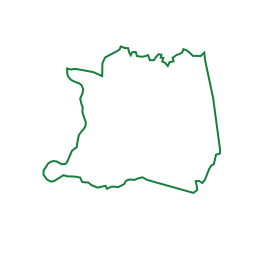 Ibarama, Rio Grande do Sul, Brazil, rotated 344°
{"feature_id": "56859067B60880352226675", "entity_name": "Ibarama", "entity_type": "district", "adm_level": 2, "iso_a3": "BRA", "parent_name": "Brazil", "parent_adm1": "Rio Grande do Sul", "projection": "mercator", "projection_center": [-53.186, -29.418], "detail": "fine", "context": "isolated", "style": "outline", "palette": "green", "viewbox_px": 256, "rotation_deg": 344, "n_neighbors": 0, "source": "geoboundaries", "source_scale": "gbopen_adm2", "svg_char_len": 1471}
<svg xmlns="http://www.w3.org/2000/svg" viewBox="0 0 256 256"><g transform="rotate(344 128 128)"><path d="M173.0,208.4L177.5,206.6L178.1,202.5L178.5,197.8L181.8,198.5L184.2,201.4L187.8,198.9L194.7,189.7L197.9,187.0L200.5,186.5L205.3,177.9L209.3,177.9L210.5,174.3L218.1,122.5L220.8,84.0L222.1,76.6L217.5,78.9L214.1,77.6L210.3,76.6L207.9,72.3L205.5,69.3L203.0,67.5L201.2,70.1L198.3,71.1L194.8,71.2L190.2,72.8L190.2,76.4L186.1,76.1L183.3,79.4L181.5,75.3L179.2,73.5L181.3,70.3L178.8,69.3L180.3,66.8L177.8,65.5L174.9,67.2L171.6,70.0L167.7,68.8L167.4,63.5L163.4,63.7L160.3,63.1L156.4,61.3L156.4,57.0L152.8,56.4L150.7,58.8L149.9,55.6L150.2,51.4L146.8,50.1L143.5,47.6L141.7,50.1L138.2,51.2L125.4,53.9L121.2,58.8L117.5,71.0L109.9,64.6L95.7,57.6L93.0,56.5L89.1,56.0L86.0,54.0L84.6,58.5L84.6,61.7L85.9,65.2L87.9,67.5L91.1,70.0L93.4,71.6L95.1,74.1L95.7,78.2L93.8,82.2L90.1,86.6L89.9,91.7L90.1,96.2L88.6,99.8L88.6,104.5L89.1,110.7L87.8,114.1L85.5,116.6L82.6,118.3L78.9,121.2L76.8,125.0L74.7,129.4L73.3,132.4L68.0,134.3L60.4,143.6L58.0,145.3L54.3,144.6L50.2,140.5L47.2,139.2L44.3,139.2L41.2,140.3L35.0,145.9L33.9,149.7L35.8,155.0L39.1,158.3L42.3,158.6L53.0,155.6L56.5,157.8L63.7,160.1L68.3,162.4L69.1,167.3L71.9,168.5L74.7,169.3L77.2,172.9L82.5,177.0L85.8,177.1L90.5,177.4L91.0,180.6L96.1,179.9L99.7,181.0L102.5,182.2L108.9,180.8L111.4,178.2L115.3,177.9L120.0,179.7L123.5,179.2L128.3,179.4L132.2,183.2L135.0,185.0L173.0,208.4Z" fill="none" stroke="#15803d" stroke-width="2"/></g></svg>